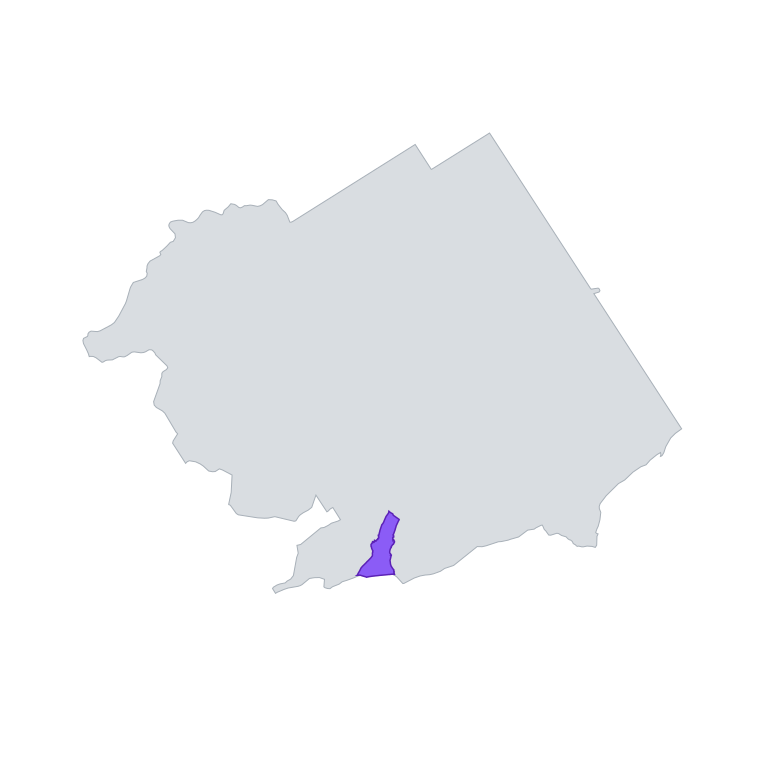 Ad Dinder, Sennar, Sudan (highlighted), rotated 57°
{"feature_id": "16777658B21408858343438", "entity_name": "Ad Dinder", "entity_type": "district", "adm_level": 2, "iso_a3": "SDN", "parent_name": "Sudan", "parent_adm1": "Sennar", "projection": "robinson", "projection_center": [34.843, 12.697], "detail": "fine", "context": "in_parent", "style": "filled", "palette": "violet", "viewbox_px": 768, "rotation_deg": 57, "n_neighbors": 0, "source": "geoboundaries", "source_scale": "gbopen_adm2", "svg_char_len": 7216}
<svg xmlns="http://www.w3.org/2000/svg" viewBox="0 0 768 768"><g transform="rotate(57 384 384)"><path d="M500.5,589.0L494.8,588.9L494.2,587.4L494.3,583.3L495.0,580.2L497.0,575.2L496.5,572.5L496.8,568.6L495.3,564.3L481.8,551.6L479.2,548.1L471.9,544.9L473.2,541.3L470.3,515.4L471.7,512.4L472.2,507.8L472.1,503.9L473.9,497.2L474.1,494.4L459.7,494.2L459.5,497.1L460.2,500.3L460.1,501.5L440.1,501.6L448.1,511.8L448.5,516.3L448.0,521.8L448.1,525.4L448.6,527.7L450.7,532.3L450.6,533.1L450.1,534.2L435.8,547.8L433.4,554.1L431.5,557.3L427.4,562.9L414.4,577.4L412.2,578.4L402.4,578.9L401.4,579.2L400.6,579.9L400.2,579.7L391.7,571.2L377.6,561.0L368.1,566.3L365.5,568.3L365.5,573.2L364.1,575.7L361.5,578.4L354.5,580.2L350.9,581.7L346.6,584.4L342.3,589.1L342.0,591.5L342.5,593.6L318.5,593.5L316.9,591.8L313.4,584.2L311.0,584.6L289.1,583.7L285.9,584.5L279.7,587.7L276.5,588.2L273.3,586.8L261.8,571.7L259.3,569.9L256.8,566.3L254.3,564.7L253.5,563.5L253.3,561.9L253.4,558.6L252.6,556.5L250.7,556.1L235.2,559.6L233.0,559.2L229.8,559.8L228.7,560.4L227.3,562.4L227.1,566.5L226.6,568.6L225.4,570.9L221.0,576.0L220.0,578.2L220.2,583.9L219.9,586.7L219.2,588.0L217.3,590.2L216.6,591.5L215.8,598.7L213.3,603.0L212.7,604.6L212.6,607.7L212.2,608.7L205.2,611.2L202.6,612.8L200.9,615.2L200.5,616.3L197.5,615.4L193.7,614.8L186.4,614.0L183.5,612.8L182.1,611.1L182.6,606.8L181.9,605.8L180.7,605.0L179.9,603.1L180.1,600.9L184.0,595.8L184.8,593.1L185.9,580.4L185.6,576.6L182.6,569.5L175.8,557.2L174.1,554.8L165.4,544.7L164.4,543.2L162.3,538.9L164.8,529.6L165.0,527.0L164.4,524.3L162.2,522.3L160.2,522.1L157.6,519.6L156.0,518.5L154.5,516.3L153.5,513.2L154.3,502.2L153.9,500.7L151.6,500.3L151.1,499.5L151.2,497.4L150.1,491.1L148.8,486.0L149.6,483.1L147.7,479.2L144.2,477.5L137.2,478.8L135.0,478.6L133.5,477.9L132.4,476.4L131.9,474.7L132.5,472.2L134.5,467.5L137.0,463.7L142.1,460.2L143.5,458.3L144.3,456.2L144.4,453.8L144.1,451.3L143.6,449.1L142.1,446.0L140.8,442.5L140.8,440.1L141.5,438.4L142.9,436.3L147.9,432.2L153.1,428.8L153.9,427.7L153.6,426.2L151.3,423.5L150.6,418.1L149.4,414.3L152.0,411.5L153.9,410.5L156.9,409.6L158.1,408.4L158.5,406.1L158.4,404.0L159.5,402.4L161.0,398.9L162.2,397.4L166.2,393.3L167.1,390.7L167.4,388.2L166.4,380.6L168.7,377.4L171.7,374.8L175.8,375.0L182.3,374.4L186.6,373.3L189.8,373.3L196.9,374.8L197.6,374.1L198.0,372.1L200.1,227.4L229.5,227.5L229.9,227.2L231.0,158.8L415.8,158.8L417.3,158.6L420.2,152.2L421.5,151.7L423.4,152.1L424.0,153.6L422.5,158.8L583.7,158.8L584.1,166.6L585.4,172.9L590.0,181.8L593.9,186.6L595.3,189.3L595.5,190.5L595.3,191.6L594.1,190.3L592.1,189.4L591.9,193.6L592.8,202.2L594.5,208.2L593.3,213.7L593.5,223.2L595.6,234.4L595.2,241.6L598.7,258.5L602.0,267.8L603.8,270.1L605.8,271.3L609.7,272.1L615.5,276.9L620.0,281.9L621.6,284.5L623.9,287.4L625.4,286.9L626.3,286.1L627.8,288.4L635.0,293.4L636.1,295.8L633.5,298.0L630.5,302.0L629.1,305.6L628.3,306.8L625.9,309.1L625.5,310.2L624.5,310.9L623.4,310.9L620.9,312.2L618.7,311.8L616.5,312.5L615.6,313.4L613.9,314.1L611.4,314.5L607.7,317.6L604.4,319.1L603.3,320.4L601.6,326.5L600.4,328.1L595.5,328.3L593.2,328.8L589.9,328.2L588.4,328.2L588.0,329.6L587.4,334.8L587.5,337.1L584.8,343.1L585.6,354.4L583.0,362.9L582.6,364.8L580.0,371.5L578.6,374.0L575.3,386.5L573.9,390.3L571.1,394.4L574.1,424.4L571.7,433.6L571.8,438.6L570.1,446.0L568.8,449.5L566.6,453.6L564.7,458.2L563.2,464.3L562.1,475.9L561.6,476.9L553.0,478.3L550.3,479.2L548.5,480.4L546.2,483.4L541.8,491.5L539.5,496.5L535.9,503.3L531.7,508.1L530.8,510.5L530.1,514.9L528.5,521.8L527.1,526.7L527.4,530.6L526.0,537.5L526.2,540.8L524.8,542.7L522.8,544.4L521.4,544.9L515.4,540.3L511.2,543.5L508.5,547.9L506.5,552.4L507.6,561.9L507.5,563.9L506.9,566.2L502.9,575.5L501.8,579.8L500.5,587.2L500.5,589.0Z" fill="#d9dde1" stroke="#a8b0b8" stroke-width="1"/><path d="M511.4,453.1L510.5,452.0L510.3,451.8L509.5,450.9L507.5,447.7L506.9,446.8L506.4,445.8L506.1,445.2L505.9,445.2L505.7,445.1L500.7,447.1L499.2,447.7L497.6,447.4L495.6,448.5L494.2,449.0L493.4,449.2L494.7,450.5L496.2,454.4L498.7,458.2L499.4,459.1L500.4,460.9L500.9,462.6L501.2,462.9L504.3,466.8L507.0,469.7L507.6,470.2L507.9,470.6L507.8,470.9L507.7,471.1L508.1,471.4L508.4,471.4L508.7,471.6L509.0,471.6L509.3,471.6L509.5,471.7L509.6,472.0L509.8,472.2L510.1,472.2L510.3,472.4L510.2,472.7L510.3,473.0L510.3,473.3L510.3,473.5L510.5,473.6L510.9,473.8L511.0,473.9L510.9,474.2L510.8,474.5L510.8,474.8L510.8,475.1L510.8,475.5L511.0,475.9L511.2,476.1L511.4,476.3L511.3,476.6L511.0,476.9L510.6,476.8L510.2,477.0L510.4,477.1L510.6,477.3L510.6,477.5L510.5,478.0L510.9,478.4L511.1,478.4L511.3,478.5L511.3,478.9L511.1,479.0L510.9,479.1L510.6,479.1L510.4,479.0L510.1,479.1L510.0,479.3L510.0,479.5L510.4,479.8L510.7,479.9L510.9,480.2L511.0,480.4L511.0,480.7L510.9,480.9L510.9,481.1L511.2,481.2L511.3,481.4L511.3,481.7L511.4,481.8L511.6,482.2L511.8,482.6L512.2,482.7L512.3,482.7L512.4,482.8L512.7,483.0L513.1,483.3L513.6,483.2L514.1,483.5L514.5,483.6L515.3,483.9L516.1,484.0L516.8,484.2L517.1,484.1L517.5,484.1L518.0,484.3L518.4,484.8L518.9,485.0L519.4,485.8L521.1,486.8L521.8,487.4L522.1,488.2L522.4,489.0L522.7,489.9L523.0,491.3L523.1,491.6L523.5,493.5L523.6,494.0L523.7,494.3L523.7,494.8L523.9,495.5L524.1,496.0L524.2,496.6L524.4,497.5L524.7,499.0L524.9,499.9L525.0,500.5L525.1,501.2L525.8,503.4L525.8,503.5L526.3,504.3L527.2,505.8L527.5,506.3L528.3,508.0L529.3,509.8L529.6,510.3L529.8,510.7L529.8,510.8L530.0,510.5L531.2,508.2L533.4,506.4L536.1,504.1L536.4,504.0L536.6,503.8L537.2,501.9L537.4,501.8L537.5,501.3L537.9,500.5L538.4,499.4L538.7,498.7L540.3,495.5L541.3,493.6L542.0,492.1L545.2,486.1L546.5,483.5L547.0,482.8L547.0,482.6L547.8,481.1L548.1,480.6L548.2,480.4L548.4,480.0L549.0,479.4L549.2,479.2L549.3,479.0L549.2,479.0L548.9,479.0L548.9,478.9L548.8,478.7L548.7,478.7L548.4,478.6L548.2,478.6L547.9,478.6L547.7,478.3L547.5,478.1L547.3,477.9L547.2,478.0L546.9,478.1L546.7,477.9L546.5,477.6L546.0,477.5L545.7,477.4L545.4,477.0L543.6,477.2L541.7,477.2L540.7,477.2L539.1,476.8L538.5,476.6L536.5,475.6L535.3,475.1L535.0,474.8L534.8,474.6L534.3,474.0L533.7,473.4L533.0,472.7L532.4,472.1L532.2,471.9L531.8,471.3L531.7,471.2L531.4,471.0L531.2,471.1L530.9,471.2L530.7,471.2L530.7,471.3L530.6,471.2L530.3,471.1L530.2,471.1L529.9,471.0L529.4,471.2L529.2,471.2L528.8,471.1L528.5,471.0L528.4,471.0L527.4,470.3L526.2,469.1L525.9,468.7L525.7,468.4L525.6,468.2L525.4,467.9L525.3,467.7L525.2,467.6L525.1,467.4L525.0,466.9L524.8,466.7L524.6,466.7L524.3,466.5L524.2,466.4L524.1,466.1L524.1,465.7L523.7,465.1L523.7,464.7L523.5,464.2L523.4,464.1L523.5,463.6L523.5,463.3L523.2,463.0L522.9,462.7L522.8,462.4L522.8,462.1L522.7,461.7L522.4,461.6L522.2,461.7L522.0,461.4L521.9,461.1L521.7,460.9L521.3,460.8L521.1,460.9L520.9,461.2L520.7,461.3L520.5,461.0L520.4,460.9L520.2,460.8L520.0,461.2L520.0,461.5L519.8,461.3L519.7,461.3L519.7,461.2L519.6,460.9L519.4,460.8L519.2,460.9L519.0,461.0L518.9,461.0L518.7,461.1L518.5,460.9L518.4,460.8L518.3,460.7L518.2,460.7L517.8,460.5L517.6,460.4L517.5,460.2L517.5,459.9L517.6,459.6L517.4,459.6L517.4,459.4L517.5,459.2L517.4,459.0L517.2,459.0L516.9,459.1L516.7,459.0L516.7,458.8L516.7,458.7L516.4,458.5L516.2,458.6L515.9,458.7L515.5,458.6L515.5,458.4L515.2,457.9L512.4,454.2L511.4,453.1Z" fill="#8b5cf6" stroke="#5b21b6" stroke-width="1.5"/></g></svg>